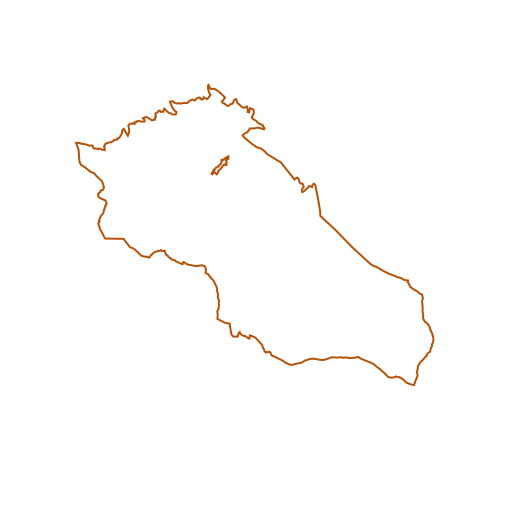 Lueta, Harghita, Romania, rotated 54°
{"feature_id": "2599482B79550894620370", "entity_name": "Lueta", "entity_type": "district", "adm_level": 2, "iso_a3": "ROU", "parent_name": "Romania", "parent_adm1": "Harghita", "projection": "equal_earth", "projection_center": [25.533, 46.294], "detail": "fine", "context": "isolated", "style": "outline", "palette": "amber", "viewbox_px": 512, "rotation_deg": 54, "n_neighbors": 0, "source": "geoboundaries", "source_scale": "gbopen_adm2", "svg_char_len": 6029}
<svg xmlns="http://www.w3.org/2000/svg" viewBox="0 0 512 512"><g transform="rotate(54 256 256)"><path d="M453.3,203.9L451.3,201.2L447.7,195.5L444.9,194.2L443.8,193.3L442.8,192.0L440.3,189.6L438.5,185.5L438.0,181.5L437.1,178.3L437.2,177.2L436.9,177.2L435.7,174.1L435.7,171.3L433.2,168.6L432.3,166.5L430.9,165.5L430.2,164.1L428.4,161.9L426.1,160.5L424.1,159.9L423.7,159.4L422.5,159.3L420.0,158.5L418.3,158.5L417.8,158.0L416.7,157.9L416.1,157.3L411.9,156.9L408.4,158.0L404.8,157.5L401.9,155.4L399.2,154.1L394.5,150.7L391.8,149.3L390.0,148.0L388.2,145.7L384.6,144.3L383.5,145.2L381.3,146.0L379.2,146.3L376.6,147.8L371.8,149.3L370.9,149.3L369.5,148.8L366.1,148.6L365.4,147.3L365.3,146.6L365.0,147.8L361.9,150.5L359.7,151.3L356.1,154.0L347.5,159.4L343.5,161.5L335.2,165.1L333.6,166.5L330.1,168.0L306.2,172.9L281.7,176.4L261.4,180.4L257.8,178.0L244.8,171.5L233.7,166.5L231.8,166.5L231.5,166.9L231.6,168.3L233.1,170.1L230.7,171.9L231.4,174.5L231.4,176.4L231.8,178.3L231.6,180.9L229.8,180.4L228.9,179.2L228.2,176.8L227.5,176.5L225.4,175.9L224.5,175.9L223.7,177.3L222.3,177.6L220.4,176.7L218.6,176.2L216.7,176.7L216.5,177.8L216.9,178.6L216.7,179.3L216.7,179.9L194.4,180.9L192.5,182.0L179.5,187.3L177.0,187.3L172.2,188.7L168.2,191.6L162.2,193.6L152.7,195.9L150.8,196.1L150.3,195.2L150.4,191.7L150.9,190.4L150.3,189.1L150.3,188.1L149.2,186.1L152.2,181.6L152.9,179.6L153.9,178.3L158.0,175.3L158.7,174.0L158.3,174.4L156.3,173.9L155.4,174.2L154.8,174.2L154.2,173.6L149.4,176.2L146.7,176.4L143.4,178.0L141.8,178.1L141.4,178.0L141.0,177.5L140.6,176.5L140.7,176.0L139.5,174.8L139.5,174.3L138.2,173.0L135.9,172.0L132.9,174.0L135.7,177.2L134.5,178.1L132.5,176.5L129.7,175.5L129.2,178.4L128.5,179.2L127.2,179.7L121.1,181.1L117.4,179.9L117.0,181.9L119.0,185.4L118.2,187.2L118.3,190.2L117.8,190.8L115.2,191.8L114.2,191.8L113.0,192.8L110.9,192.8L110.6,190.6L109.5,187.9L101.4,189.3L99.3,190.1L96.4,191.4L93.9,194.6L92.5,194.6L90.9,194.0L89.7,194.0L90.2,195.0L93.1,196.8L96.7,198.0L98.9,198.1L100.4,203.0L99.7,203.8L98.8,204.1L97.7,205.0L96.9,205.1L98.0,206.9L97.7,207.7L97.2,207.8L97.1,208.2L96.0,208.2L96.0,208.5L95.7,208.7L94.7,208.7L94.2,209.0L93.6,211.3L94.3,214.1L92.0,215.5L91.4,219.0L91.9,221.5L89.6,224.8L88.5,227.1L88.0,227.9L87.2,228.3L86.2,230.2L85.3,231.1L84.2,231.9L82.3,232.2L81.7,232.6L80.6,234.9L85.7,236.2L89.8,236.6L92.7,235.7L94.3,237.4L93.6,239.0L92.7,240.1L90.3,241.3L89.4,242.1L88.2,242.6L82.9,243.6L83.0,244.2L84.8,246.2L83.4,248.4L82.2,248.3L81.3,249.3L81.4,250.0L81.9,250.9L81.5,253.3L82.0,253.9L83.3,254.4L84.8,255.5L85.1,255.8L85.1,256.3L84.7,256.6L85.1,257.0L86.3,257.6L85.1,260.4L79.9,262.5L78.9,263.2L78.1,266.5L80.5,266.2L81.7,267.2L80.6,268.9L77.8,271.7L77.0,273.1L77.4,273.8L77.2,274.0L77.4,274.2L76.5,275.7L77.8,276.6L76.2,277.6L76.3,278.2L74.9,280.1L75.3,282.5L80.0,284.8L81.6,286.4L83.3,289.0L75.4,288.2L75.4,289.1L75.9,290.3L76.4,291.0L77.7,291.8L79.6,296.0L80.0,297.3L79.9,298.4L79.5,298.9L80.1,299.6L80.2,300.2L79.7,300.5L79.0,302.2L78.8,302.9L79.1,303.2L79.1,303.7L78.8,304.9L78.9,306.3L77.8,307.9L77.0,310.9L76.7,311.2L76.8,312.2L77.6,313.3L77.5,313.8L78.2,314.6L80.4,315.4L81.2,316.1L80.8,316.2L80.8,316.7L80.0,317.7L77.3,319.2L76.8,319.9L76.9,320.9L75.6,321.7L74.0,323.8L72.4,324.0L71.1,323.4L70.3,323.5L68.9,325.9L66.3,327.5L63.5,330.3L62.8,330.5L62.4,331.5L60.9,332.3L58.7,335.1L65.6,337.0L75.4,343.1L79.2,344.1L83.1,342.4L90.9,340.3L93.6,338.3L97.6,338.1L104.5,336.7L106.9,337.1L110.2,338.3L111.7,339.3L112.5,341.0L111.9,342.8L111.9,343.3L112.3,343.7L112.2,344.0L112.8,344.6L112.7,346.7L112.9,347.2L115.3,348.7L118.0,347.8L122.3,345.3L123.4,345.2L125.7,346.0L126.0,346.6L126.6,347.1L126.4,347.9L127.0,348.7L127.8,349.1L128.2,350.3L129.4,351.4L129.3,352.1L131.1,353.6L131.6,354.6L132.6,358.6L133.3,359.2L134.5,361.1L134.9,362.2L136.1,362.5L136.1,363.0L136.7,363.2L136.8,364.4L138.7,365.2L141.1,365.7L142.0,366.4L147.5,366.9L150.8,367.6L153.3,367.7L164.2,353.1L174.7,352.8L178.5,350.4L188.6,348.5L189.4,347.8L192.2,345.4L192.3,344.6L193.8,344.1L194.6,343.2L193.8,341.3L193.2,337.3L193.5,334.8L194.4,332.7L194.3,332.2L195.4,330.5L195.5,329.3L196.6,329.2L197.7,327.7L198.1,326.8L201.7,328.1L203.1,327.3L205.3,327.3L206.9,326.9L207.7,326.3L209.2,326.4L211.2,324.5L213.8,323.7L219.3,320.5L219.5,320.3L218.5,319.3L218.4,318.0L222.3,316.6L229.0,310.4L231.5,305.5L233.7,303.6L235.0,303.6L237.7,304.5L240.0,306.8L242.8,305.4L246.0,305.5L246.6,305.2L248.4,305.4L248.8,305.0L251.3,304.9L258.2,306.1L262.3,308.5L264.7,309.1L265.9,310.6L266.4,310.6L268.5,311.8L270.4,312.1L272.1,313.8L274.0,314.8L276.8,317.6L278.0,319.8L281.3,321.7L284.1,324.2L291.4,320.6L295.4,317.0L296.4,317.9L297.6,318.3L304.6,321.8L307.0,322.0L307.9,321.7L310.4,318.2L309.4,317.2L308.2,315.2L308.0,313.9L309.9,314.3L312.6,313.5L314.7,311.6L318.3,310.6L318.9,309.7L317.0,308.2L316.6,307.5L321.7,304.4L329.8,303.6L331.0,303.3L332.1,303.4L334.0,304.3L336.2,304.4L337.7,305.0L339.9,304.9L340.2,303.3L341.7,301.6L341.6,301.3L343.2,301.1L345.2,301.7L346.6,301.4L347.0,300.9L353.3,297.5L355.5,296.3L360.3,294.5L364.2,292.2L365.4,290.6L366.9,286.5L369.1,281.9L369.4,277.8L370.9,273.2L371.9,271.3L373.8,268.8L377.8,265.1L379.9,262.3L380.4,261.1L382.4,254.4L386.3,249.5L388.1,246.5L389.6,245.4L391.1,242.6L393.5,240.5L396.9,234.9L397.5,233.0L397.9,232.6L400.9,231.4L410.3,225.5L413.4,224.0L416.5,223.5L420.6,222.1L423.2,221.7L425.1,221.1L430.8,220.3L432.3,219.7L433.7,218.3L434.7,216.7L435.4,215.5L435.7,213.7L437.6,212.0L438.1,211.8L438.3,211.2L441.8,209.6L446.6,208.8L451.1,206.1L453.3,203.9ZM160.4,223.8L160.9,224.2L161.4,223.9L162.7,224.4L162.9,225.4L164.8,226.1L165.0,226.6L164.9,227.2L163.4,227.7L163.4,229.8L164.7,233.0L164.9,234.2L164.8,236.2L165.9,237.1L166.8,239.8L163.4,240.4L164.2,243.3L163.2,243.5L161.7,239.8L162.1,239.5L161.8,238.7L161.4,238.6L161.4,237.1L161.0,236.7L161.2,234.2L161.7,233.7L161.0,233.2L160.8,230.3L159.5,228.2L158.8,228.1L158.1,227.5L159.1,226.9L159.0,226.0L158.7,225.9L159.0,219.8L159.6,219.9L159.9,220.7L160.7,220.8L161.0,221.2L161.2,221.7L160.4,222.3L160.4,223.8Z" fill="none" stroke="#b45309" stroke-width="2"/></g></svg>